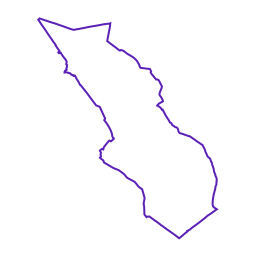 outline of Adancata, Suceava, Romania, rotated 179°
{"feature_id": "2599482B17413063998291", "entity_name": "Adancata", "entity_type": "district", "adm_level": 2, "iso_a3": "ROU", "parent_name": "Romania", "parent_adm1": "Suceava", "projection": "mercator", "projection_center": [26.302, 47.737], "detail": "fine", "context": "isolated", "style": "outline", "palette": "violet", "viewbox_px": 256, "rotation_deg": 179, "n_neighbors": 0, "source": "geoboundaries", "source_scale": "gbopen_adm2", "svg_char_len": 5619}
<svg xmlns="http://www.w3.org/2000/svg" viewBox="0 0 256 256"><g transform="rotate(179 128 128)"><path d="M150.6,232.1L153.5,231.6L154.7,231.4L155.7,231.2L163.7,230.0L167.3,229.4L169.1,229.0L170.9,228.7L174.8,228.0L176.1,227.8L177.1,227.7L179.7,227.2L180.9,227.1L185.6,228.7L188.7,229.9L189.3,230.1L190.2,230.5L192.1,231.2L195.2,232.3L195.9,232.6L199.4,233.9L202.4,234.8L214.3,239.0L214.6,239.1L214.9,238.7L215.1,238.4L215.5,238.1L215.8,237.9L213.6,234.4L212.6,232.8L211.3,231.0L209.7,228.6L208.7,227.1L207.2,224.7L205.2,221.6L204.7,220.9L204.1,219.9L203.3,218.9L202.6,217.8L201.3,215.7L200.6,214.7L199.5,213.3L199.0,212.5L199.0,212.2L199.0,211.8L198.8,211.7L198.4,211.0L197.0,208.8L195.6,207.0L195.2,206.1L195.7,205.8L195.8,205.7L196.1,205.3L196.2,205.1L196.3,205.0L196.4,204.8L196.4,204.7L196.2,204.5L196.0,204.3L195.8,204.1L195.7,204.0L195.0,204.1L194.5,204.2L194.3,204.4L194.1,204.5L193.8,204.3L193.7,204.0L193.3,203.2L192.9,202.7L192.2,201.5L190.7,199.4L189.5,197.9L188.4,196.0L188.2,195.3L188.2,195.0L188.3,194.4L188.3,194.1L188.4,193.8L188.6,193.4L188.6,193.0L188.6,192.7L188.2,192.2L187.9,192.1L188.0,191.6L188.0,191.4L188.0,191.2L188.0,190.9L187.9,190.6L187.9,190.4L188.1,190.1L188.1,189.9L188.2,189.5L188.4,189.0L188.5,188.9L188.6,188.6L188.7,188.2L188.6,187.9L188.4,187.7L188.3,187.3L188.4,187.2L188.7,187.1L189.2,186.8L189.7,186.5L190.0,186.2L190.2,185.8L190.4,185.5L190.5,185.0L190.5,184.6L189.9,184.7L189.1,184.7L188.4,184.7L188.1,184.7L187.2,184.3L186.7,184.3L186.4,184.0L185.9,184.0L185.8,183.9L185.7,183.9L185.0,183.7L184.7,183.5L184.4,183.3L184.3,182.9L184.0,182.6L183.6,182.3L183.2,182.1L182.6,182.0L182.2,182.0L182.0,181.9L181.9,181.8L181.8,181.6L181.7,181.1L181.3,180.8L181.2,180.8L180.6,181.2L180.3,181.4L179.7,180.5L179.2,179.6L178.7,178.3L177.3,176.1L176.7,175.0L175.9,173.5L175.5,172.5L175.2,172.0L174.4,171.4L169.0,164.4L163.7,157.0L161.4,153.8L159.5,151.2L157.6,150.4L156.1,149.7L155.4,148.9L155.3,148.2L154.5,146.5L153.0,143.1L150.7,137.8L151.6,136.3L148.7,132.2L147.8,130.6L146.8,128.9L145.3,125.8L144.2,122.6L143.8,119.9L143.1,118.3L142.5,118.1L142.3,117.5L143.1,116.8L145.2,115.0L145.7,115.2L146.8,115.7L147.4,115.4L150.5,111.7L152.6,109.1L153.1,107.0L154.4,107.5L155.3,106.9L156.0,106.4L156.5,105.7L155.7,104.4L155.5,103.9L155.5,103.4L155.8,102.5L155.9,101.8L155.7,101.1L155.5,100.0L156.6,98.8L156.0,98.1L153.5,96.2L153.1,95.7L152.7,94.1L151.9,93.5L147.3,90.7L143.1,88.1L141.1,87.3L138.0,86.0L133.4,82.5L131.8,80.9L130.9,79.6L129.8,78.3L127.2,76.8L123.6,74.8L122.2,74.0L121.0,72.5L118.6,69.4L117.1,68.0L114.9,66.5L112.6,57.6L113.7,52.2L113.2,48.9L113.1,41.3L112.9,41.0L112.2,40.0L112.1,39.9L111.9,39.7L111.6,39.2L111.3,39.0L111.2,38.8L111.0,38.6L110.9,38.7L110.8,38.8L110.5,39.0L110.3,39.0L110.0,39.1L109.6,39.1L109.1,39.1L108.7,39.0L108.4,39.1L108.0,39.1L107.7,38.8L107.2,38.4L106.6,37.9L106.0,37.4L105.2,36.9L104.5,36.4L103.9,35.9L103.6,35.7L103.2,35.4L102.8,34.9L102.2,34.6L101.8,34.4L101.2,34.0L101.0,33.7L100.7,33.5L100.5,33.4L99.5,32.7L99.0,32.2L97.9,31.4L96.9,30.5L96.4,30.1L95.0,29.2L94.0,28.4L93.5,28.0L93.0,27.6L91.8,26.7L91.5,26.5L90.8,25.9L90.3,25.6L87.4,23.5L83.7,20.8L78.8,16.9L78.1,17.4L77.5,17.9L77.1,18.2L76.6,18.6L76.1,19.0L75.2,19.6L74.9,19.9L74.6,20.2L73.7,21.0L73.3,21.2L72.2,22.2L71.8,22.4L71.4,22.7L70.3,23.6L70.5,24.0L70.2,24.1L69.9,24.2L69.7,24.5L69.2,24.7L68.9,24.9L68.7,25.0L68.4,25.1L68.2,25.2L67.6,25.6L67.1,26.0L66.5,26.5L66.0,27.0L65.4,27.4L64.9,27.7L64.6,28.0L64.2,28.2L63.8,28.5L63.3,28.9L62.7,29.2L62.2,29.6L61.5,30.1L60.9,30.5L60.2,31.0L59.6,31.5L58.9,31.9L58.3,32.4L57.6,32.9L57.0,33.4L56.3,33.9L55.7,34.4L55.0,34.9L54.3,35.4L53.7,35.9L53.0,36.4L52.3,36.9L51.8,37.4L51.2,37.9L51.0,38.1L50.6,38.4L50.0,38.9L48.6,39.8L47.9,40.2L47.2,40.7L46.5,41.1L45.8,41.6L45.2,42.0L44.5,42.5L43.8,43.0L43.1,43.4L42.5,43.9L41.8,44.4L41.1,44.9L40.9,45.0L40.6,45.2L41.5,45.8L41.9,46.0L42.3,46.3L42.8,46.7L43.3,47.2L43.7,47.4L44.4,48.4L44.6,49.3L44.8,50.3L44.6,52.6L44.3,55.8L43.9,57.7L43.5,59.8L43.1,61.2L42.5,63.4L41.8,65.8L41.6,67.5L41.4,68.3L41.0,69.0L40.6,70.0L40.5,72.4L40.2,74.7L40.2,75.2L40.3,75.9L40.5,76.7L41.2,78.2L41.5,79.3L41.6,80.3L42.3,81.7L42.5,82.4L42.8,83.8L43.1,85.9L44.0,88.6L44.4,89.6L45.0,92.4L45.2,92.7L45.6,93.4L46.1,95.0L46.5,95.8L47.0,96.5L47.4,96.8L48.3,97.5L48.8,98.1L49.1,98.6L49.7,100.0L50.1,101.0L51.1,103.3L51.5,105.0L52.4,106.8L53.4,108.7L53.8,109.7L54.5,110.1L55.9,111.1L57.8,112.4L59.4,113.5L61.3,115.0L63.3,116.4L65.5,118.1L66.5,118.7L67.0,118.8L67.5,118.9L67.8,118.9L68.3,119.2L70.7,120.0L72.9,120.9L75.0,121.6L76.4,122.0L77.1,122.8L77.8,124.4L77.9,125.0L77.9,125.7L78.4,126.7L79.2,127.6L79.5,127.8L80.3,127.9L81.0,128.2L81.4,128.5L81.9,129.1L82.5,129.4L83.1,129.7L83.8,130.3L84.1,131.1L84.3,131.4L84.4,131.8L85.0,132.4L85.6,132.7L86.1,133.0L86.4,133.6L86.8,134.6L88.4,137.1L90.3,140.3L93.0,145.7L93.5,145.4L95.1,147.7L97.1,149.3L98.4,149.9L97.7,150.8L96.5,152.0L95.4,152.5L92.6,154.1L92.9,155.4L93.3,156.1L93.9,157.4L94.5,158.5L95.1,159.3L95.8,160.3L95.9,160.5L95.9,161.5L95.7,162.5L95.0,164.4L93.7,167.4L93.3,168.9L93.5,169.2L96.4,175.2L97.6,175.9L98.3,176.1L98.6,176.1L99.0,176.0L102.5,180.4L103.8,182.1L104.4,183.3L104.2,183.7L103.9,184.2L105.1,186.6L107.5,186.9L111.9,187.6L113.9,187.8L114.6,188.1L115.2,189.5L116.1,191.8L116.8,193.0L118.1,195.2L118.8,196.0L120.7,197.9L123.1,199.6L126.0,201.4L127.4,202.2L130.6,204.8L131.6,205.4L133.0,205.9L133.4,206.2L133.6,206.2L134.0,205.9L134.5,205.6L134.9,205.6L135.8,206.2L139.0,208.8L142.9,211.8L147.3,215.3L144.3,229.6L143.9,233.0L144.6,232.7L145.4,232.6L146.1,232.5L146.9,232.6L148.2,232.4L148.9,232.2L149.4,232.3L150.6,232.1Z" fill="none" stroke="#5b21b6" stroke-width="2"/></g></svg>